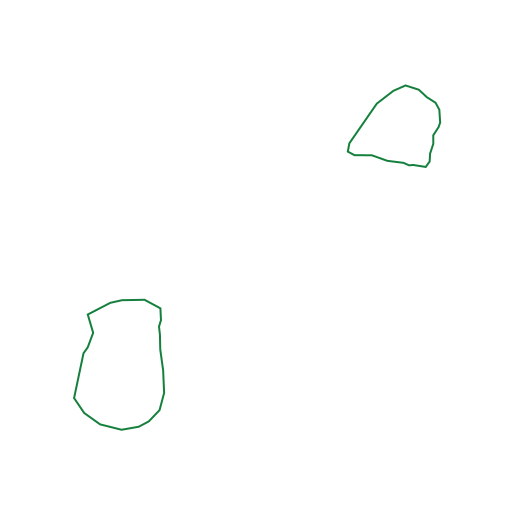 Faraulep, Federated States of Micronesia (Robinson projection), rotated 102°
{"feature_id": "79324940B34667662495204", "entity_name": "Faraulep", "entity_type": "district", "adm_level": 2, "iso_a3": "FSM", "parent_name": "Federated States of Micronesia", "parent_adm1": "", "projection": "robinson", "projection_center": [144.516, 8.594], "detail": "fine", "context": "isolated", "style": "outline", "palette": "green", "viewbox_px": 512, "rotation_deg": 102, "n_neighbors": 0, "source": "geoboundaries", "source_scale": "gbopen_adm2", "svg_char_len": 698}
<svg xmlns="http://www.w3.org/2000/svg" viewBox="0 0 512 512"><g transform="rotate(102 256 256)"><path d="M338.6,335.6L327.1,338.6L322.0,355.9L327.1,377.9L332.1,388.8L348.2,408.4L365.0,399.3L380.3,401.6L387.0,404.5L432.8,404.4L445.3,391.4L453.1,373.5L453.9,351.4L447.4,335.2L440.1,326.5L426.8,318.3L409.1,317.4L387.3,323.0L367.4,330.2L353.0,333.6L345.2,336.2L338.6,335.6ZM134.3,121.4L133.6,108.5L127.5,105.8L119.6,107.0L109.4,105.9L101.1,107.7L91.9,104.2L87.2,103.6L74.8,107.1L68.8,112.2L65.1,122.0L59.5,131.3L58.1,145.2L65.9,156.0L81.8,169.5L126.3,188.1L134.8,187.9L136.9,180.6L133.4,163.7L135.6,147.3L134.2,131.0L135.5,125.1L134.3,121.4Z" fill="none" stroke="#15803d" stroke-width="2"/></g></svg>